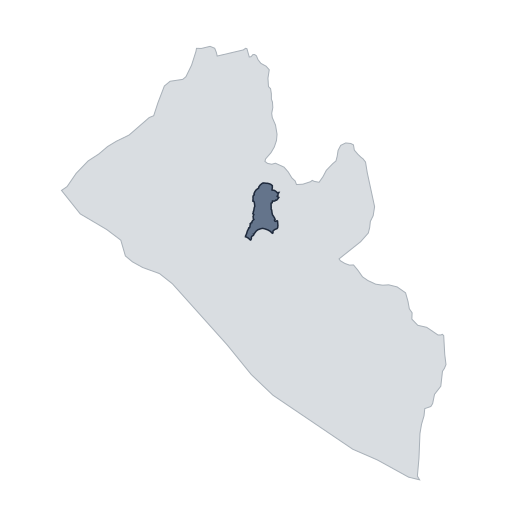 Jorquelleh, Bong, Liberia (highlighted), rotated 6°
{"feature_id": "62588387B10332133917800", "entity_name": "Jorquelleh", "entity_type": "district", "adm_level": 2, "iso_a3": "LBR", "parent_name": "Liberia", "parent_adm1": "Bong", "projection": "mercator", "projection_center": [-9.438, 6.901], "detail": "fine", "context": "in_parent", "style": "filled", "palette": "slate", "viewbox_px": 512, "rotation_deg": 6, "n_neighbors": 0, "source": "geoboundaries", "source_scale": "gbopen_adm2", "svg_char_len": 4502}
<svg xmlns="http://www.w3.org/2000/svg" viewBox="0 0 512 512"><g transform="rotate(6 256 256)"><path d="M55.7,211.1L60.9,206.7L68.5,192.6L79.1,179.0L89.0,171.0L96.9,162.7L105.2,156.4L117.1,149.0L135.3,129.5L139.6,127.2L142.5,113.7L147.1,96.5L152.3,91.2L164.7,88.0L167.6,85.0L172.0,72.9L174.9,58.8L175.1,55.7L180.0,55.3L188.4,52.3L193.2,53.7L195.3,57.7L196.5,61.2L221.8,52.4L224.0,50.5L225.3,50.8L228.5,58.8L230.3,58.3L231.9,56.0L233.6,55.8L235.5,56.9L237.5,60.6L240.7,63.9L246.2,66.2L249.7,69.4L249.3,77.9L250.7,86.2L253.0,88.1L254.3,93.0L254.9,98.4L256.3,101.2L257.2,106.7L256.7,112.5L257.7,116.6L261.7,123.7L264.2,132.7L264.3,139.0L262.8,145.7L260.1,151.7L255.4,158.4L255.0,161.0L257.8,162.7L262.1,163.1L265.6,161.7L274.6,164.7L279.3,169.1L283.4,174.5L287.1,177.3L288.8,180.7L295.1,179.7L302.5,176.4L304.0,174.9L306.2,175.7L311.0,176.1L314.3,170.2L317.0,163.4L322.8,156.0L325.6,153.1L326.3,148.4L326.6,142.4L328.7,137.1L333.4,134.2L338.5,134.2L341.3,135.3L342.7,140.4L346.8,144.3L350.3,147.0L352.2,148.1L355.1,151.1L357.9,161.4L368.8,194.6L368.3,203.7L366.1,209.7L366.1,215.6L365.3,221.4L358.6,230.8L338.9,250.2L340.4,251.9L345.1,254.1L349.9,255.3L353.9,254.7L358.8,259.5L364.1,265.6L369.8,268.7L377.9,271.5L385.0,271.8L391.0,270.8L399.6,272.0L408.6,277.0L411.9,285.3L414.0,292.5L417.2,296.2L417.6,302.5L424.1,308.0L433.2,309.1L445.2,315.5L448.2,315.2L449.5,314.4L451.0,315.6L454.0,334.2L456.3,344.1L455.1,348.1L453.5,351.2L453.4,366.2L448.0,374.9L447.1,384.3L445.6,387.4L439.8,390.1L439.8,397.4L438.2,406.1L437.6,415.5L439.2,439.9L439.5,458.0L442.1,461.5L430.9,460.0L397.9,446.1L372.5,438.1L287.4,392.7L263.7,374.4L236.4,347.2L175.8,292.4L161.9,283.6L144.5,279.3L133.7,274.7L126.1,269.6L119.9,254.4L104.8,245.3L76.8,232.5L55.7,211.1Z" fill="#d9dde1" stroke="#a8b0b8" stroke-width="1"/><path d="M274.5,223.0L274.4,222.3L274.0,220.2L273.9,219.6L273.8,219.0L273.3,218.7L272.4,219.2L272.0,219.5L271.3,219.4L270.9,219.1L270.7,218.6L270.6,218.4L271.2,217.6L270.5,216.3L270.2,215.9L268.9,214.2L268.1,213.4L267.9,212.7L267.4,211.4L267.4,211.2L267.0,209.6L266.8,208.6L266.2,208.0L266.1,207.3L266.0,205.8L265.9,205.5L265.8,204.6L265.6,203.0L265.5,201.9L266.1,201.5L266.6,201.3L266.6,201.2L266.6,199.6L267.8,199.6L269.0,199.3L269.2,199.1L269.6,198.6L269.7,198.4L270.4,198.4L270.5,198.4L270.7,198.2L271.0,198.0L272.0,196.4L272.6,195.3L270.8,194.6L270.7,194.3L271.5,193.5L271.5,193.2L271.5,192.5L271.4,191.7L271.5,191.5L272.0,190.9L272.2,190.4L270.3,190.8L269.7,190.2L268.8,189.5L267.7,189.0L267.6,188.9L267.2,188.8L265.1,188.8L265.0,188.3L265.1,185.8L264.9,184.8L264.9,184.6L264.9,184.3L263.1,183.1L262.6,183.0L261.4,182.7L260.0,182.5L259.6,182.5L258.8,182.6L257.9,182.6L256.9,182.5L256.0,182.7L255.8,182.8L255.5,182.7L255.4,182.6L254.9,182.9L254.4,183.3L253.3,184.4L253.2,184.5L252.8,184.9L251.6,186.9L251.6,187.1L251.5,188.2L250.1,189.4L250.0,189.5L249.1,190.4L248.3,191.9L248.2,192.0L248.1,192.4L247.9,193.1L247.5,193.8L247.6,194.2L247.9,194.9L247.8,195.2L247.6,195.1L247.5,195.4L247.6,195.7L247.1,196.2L247.0,196.3L246.9,196.5L246.9,196.9L246.8,197.3L246.9,198.2L247.0,198.6L247.1,199.4L247.1,199.6L247.1,200.4L247.1,200.5L247.0,200.8L247.3,201.1L247.2,201.8L248.0,201.9L248.1,202.1L248.3,202.2L248.7,202.8L248.8,203.3L248.9,203.5L249.0,204.1L249.5,206.2L249.6,206.7L249.2,208.0L249.2,208.4L249.1,209.4L249.1,210.7L248.9,211.5L248.7,212.1L248.9,212.3L248.4,214.3L249.0,214.6L249.3,214.8L249.5,214.9L249.2,216.1L249.1,216.7L248.9,217.1L249.2,217.9L249.3,218.8L250.1,219.9L250.0,220.0L249.1,220.9L249.0,221.0L248.4,222.2L248.4,222.4L248.3,223.3L248.2,223.3L247.6,223.6L247.0,224.3L246.8,224.5L247.2,225.3L246.9,225.7L246.9,226.3L246.9,227.7L246.6,228.6L245.8,228.8L245.6,230.1L245.0,231.5L244.9,231.7L244.6,233.0L244.5,233.6L244.4,234.4L243.9,236.1L243.8,236.5L243.5,237.1L243.5,238.0L244.8,238.2L245.6,238.7L245.9,238.8L246.5,239.0L247.5,239.8L248.2,240.4L249.0,240.7L249.3,240.3L249.5,239.4L249.6,238.7L249.4,238.0L249.7,236.9L249.9,236.8L250.4,236.4L250.7,236.1L251.0,236.0L251.4,235.5L251.6,234.9L251.4,234.6L251.6,234.6L252.1,233.7L252.8,232.5L252.9,232.4L253.0,232.2L253.6,231.2L254.7,230.1L255.2,229.6L255.9,229.4L256.0,229.3L257.0,228.8L258.3,228.2L259.2,228.0L259.7,227.8L262.1,228.1L264.5,228.7L265.3,228.9L265.6,229.1L266.6,229.5L267.5,229.9L268.8,230.9L269.7,231.6L269.9,231.7L270.5,231.2L270.4,230.6L270.3,230.1L270.3,229.7L270.6,228.9L271.0,228.6L271.9,227.7L273.6,226.8L273.8,226.7L274.0,226.6L274.6,225.6L274.6,223.1L274.5,223.0Z" fill="#64748b" stroke="#1e293b" stroke-width="1.5"/></g></svg>